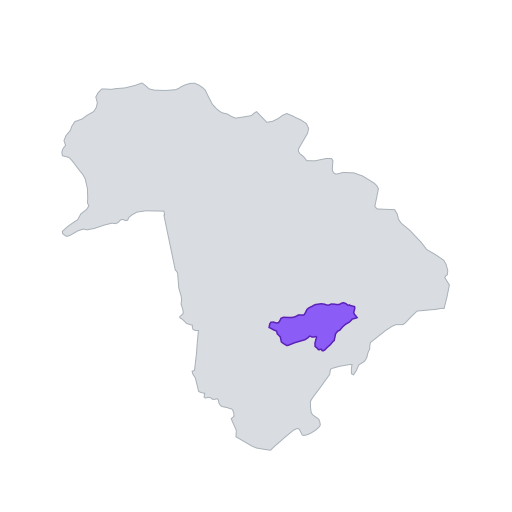 Gnagna on a map of Burkina Faso (Equal Earth projection), rotated 79°
{"feature_id": "BFA-2874", "entity_name": "Gnagna", "entity_type": "Province", "adm_level": 1, "iso_a3": "BFA", "parent_name": "Burkina Faso", "parent_adm1": "", "projection": "equal_earth", "projection_center": [0.073, 12.904], "detail": "fine", "context": "in_parent", "style": "filled", "palette": "violet", "viewbox_px": 512, "rotation_deg": 79, "n_neighbors": 0, "source": "natural_earth", "source_scale": "10m", "svg_char_len": 4444}
<svg xmlns="http://www.w3.org/2000/svg" viewBox="0 0 512 512"><g transform="rotate(79 256 256)"><path d="M376.8,338.2L364.2,338.8L359.7,340.6L356.9,340.7L356.8,339.2L356.5,338.2L340.6,333.1L329.5,330.1L318.2,326.7L317.5,329.9L315.9,331.9L313.5,332.1L311.8,331.6L310.7,334.0L308.8,337.2L306.2,338.8L303.6,340.8L302.2,342.5L301.1,342.5L298.5,338.4L295.1,338.0L288.7,338.7L285.8,337.6L281.9,337.1L272.6,337.9L257.7,336.2L255.3,337.1L254.6,337.9L239.9,338.1L223.7,338.3L210.2,338.5L198.3,338.6L198.3,337.9L194.5,337.8L194.1,339.2L190.6,355.6L190.2,364.5L192.0,370.1L194.0,373.6L196.3,375.1L196.5,377.1L194.7,379.7L194.8,382.3L196.9,385.0L197.4,387.9L196.3,390.9L196.6,398.1L198.1,409.5L198.1,416.9L196.6,420.3L197.3,426.1L200.2,434.3L200.7,437.8L199.7,439.4L197.2,441.5L194.8,441.4L191.9,436.5L190.7,434.3L188.4,429.2L186.4,424.2L183.8,422.0L181.2,419.9L178.0,413.5L175.0,410.5L171.7,411.3L167.0,410.1L157.5,408.6L147.2,409.0L142.9,410.5L138.7,412.8L128.0,418.0L123.8,420.5L120.6,426.9L117.0,426.8L113.4,424.7L111.1,421.8L106.2,422.5L101.6,419.6L97.0,414.0L93.7,412.2L89.5,408.2L88.3,400.5L85.7,395.1L83.2,387.6L79.5,384.3L75.3,382.5L69.4,382.9L65.6,379.9L62.6,375.5L63.4,371.7L64.8,366.3L65.0,361.2L66.0,352.8L65.5,342.3L64.4,334.9L67.7,331.9L71.5,329.1L73.8,324.2L76.3,313.0L77.4,303.4L76.7,299.8L75.5,297.0L74.5,292.8L74.0,287.7L74.7,283.3L77.5,279.2L81.1,275.8L83.6,274.1L90.3,272.4L98.7,269.9L103.5,267.0L107.1,264.1L109.0,261.8L111.1,257.1L114.3,253.5L116.8,249.8L117.2,239.6L117.3,233.8L115.4,230.6L114.4,227.9L126.8,219.9L127.0,214.3L125.3,208.0L122.9,202.9L122.0,198.6L125.5,193.4L128.5,189.6L130.7,186.3L135.6,181.3L140.7,180.0L145.3,181.9L158.7,193.6L161.1,194.4L163.9,193.5L167.4,190.4L172.1,188.0L173.8,180.1L173.7,168.5L174.8,163.2L177.2,162.3L185.0,164.5L187.0,164.6L189.3,163.9L190.9,161.9L190.9,158.1L190.5,154.8L193.1,144.1L197.8,136.1L207.1,126.0L210.1,124.0L213.4,123.0L230.1,129.9L232.9,128.2L237.0,111.1L241.5,109.4L247.0,109.1L250.5,107.7L252.4,106.5L260.3,100.0L274.4,91.1L281.9,87.4L283.4,85.9L288.8,79.7L296.0,72.5L300.5,71.0L306.8,70.5L310.8,71.7L311.9,73.7L313.2,74.8L321.4,71.7L333.2,76.6L343.4,81.4L342.7,84.4L342.7,89.7L341.8,98.2L340.8,108.4L345.0,115.0L350.1,122.1L351.4,124.8L350.1,131.8L351.0,135.9L353.7,142.7L358.2,151.4L362.9,160.3L366.1,161.5L369.2,162.2L371.1,163.8L373.8,165.3L376.5,166.4L378.9,168.3L380.4,170.2L382.4,175.7L387.6,179.4L391.3,182.9L389.8,184.8L385.3,184.0L380.9,182.5L380.4,185.1L380.2,195.2L380.9,203.6L381.9,204.7L386.3,206.3L396.6,217.2L406.0,227.6L409.1,230.3L414.3,231.3L420.1,231.7L422.6,230.8L428.2,225.5L431.2,225.0L433.9,225.1L435.4,226.0L438.1,230.2L440.6,236.6L441.4,241.4L441.1,243.9L440.3,244.9L435.7,246.1L433.7,247.1L433.2,248.5L433.9,251.7L434.8,253.7L439.9,263.0L447.2,275.5L449.4,278.7L448.2,282.5L444.5,292.3L441.8,296.3L429.6,310.2L423.6,308.6L411.0,311.4L409.1,308.2L406.2,307.8L402.5,308.3L401.2,309.5L400.8,310.9L399.5,312.8L397.2,318.3L395.4,319.7L393.1,320.5L390.4,320.4L388.8,321.1L388.8,323.9L388.3,326.2L386.5,327.4L385.7,330.1L385.8,332.7L384.7,333.9L382.4,333.2L381.0,332.5L379.6,335.9L378.0,338.2L376.8,338.2Z" fill="#d9dde1" stroke="#a8b0b8" stroke-width="1"/><path d="M328.7,256.8L325.4,255.5L323.9,254.1L324.2,251.4L325.7,248.8L325.7,246.5L323.9,244.8L321.9,243.3L321.4,240.7L322.7,235.2L323.2,232.3L323.2,229.8L322.6,227.4L322.2,226.4L322.0,225.4L323.1,220.3L321.2,218.4L319.1,216.9L318.0,215.9L317.1,214.2L316.4,212.0L316.2,210.8L315.4,208.7L315.0,207.0L315.3,201.2L316.3,198.1L317.7,195.7L318.1,193.8L317.5,191.4L318.0,188.9L319.2,185.6L319.4,183.0L318.7,181.3L318.5,179.1L319.9,176.8L321.6,175.5L322.0,174.4L321.8,173.8L322.6,172.8L323.7,170.5L324.5,168.9L326.1,169.0L328.2,169.9L330.0,170.9L332.1,170.5L333.5,169.6L335.8,168.5L336.0,169.7L336.2,171.8L336.2,173.6L337.1,174.5L338.7,177.0L340.1,181.1L341.8,184.1L344.8,187.9L345.4,190.2L347.5,192.7L353.9,195.4L354.9,197.2L356.4,198.9L357.7,200.7L359.4,203.7L361.3,206.3L361.9,208.2L361.5,209.2L360.8,209.4L360.5,209.4L360.1,209.7L359.9,210.2L359.9,210.9L360.1,212.0L359.6,212.8L358.6,213.2L357.8,213.8L356.9,214.6L355.9,215.3L354.8,215.0L353.4,214.9L352.0,214.4L350.4,213.5L349.3,213.2L348.2,212.3L346.9,212.1L346.4,212.9L346.6,214.3L346.3,216.3L345.2,217.9L344.9,218.8L346.1,220.5L347.5,223.8L348.5,234.5L349.8,241.3L349.8,242.8L347.2,245.7L345.2,247.5L340.0,247.6L336.2,250.1L334.6,249.9L333.3,250.5L332.0,252.7L329.1,256.1L328.7,256.8Z" fill="#8b5cf6" stroke="#5b21b6" stroke-width="1.5"/></g></svg>